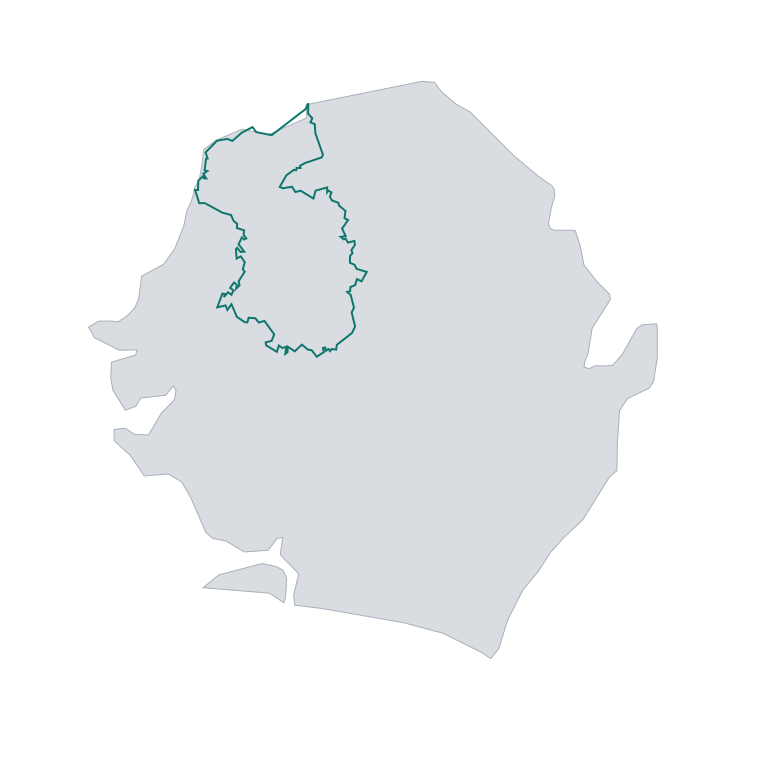 Bombali, Northern, Sierra Leone (highlighted), rotated 349°
{"feature_id": "65957751B29483301504535", "entity_name": "Bombali", "entity_type": "district", "adm_level": 2, "iso_a3": "SLE", "parent_name": "Sierra Leone", "parent_adm1": "Northern", "projection": "orthographic", "projection_center": [-12.185, 9.331], "detail": "medium", "context": "in_parent", "style": "outline", "palette": "teal", "viewbox_px": 768, "rotation_deg": 349, "n_neighbors": 0, "source": "geoboundaries", "source_scale": "gbopen_adm2", "svg_char_len": 3534}
<svg xmlns="http://www.w3.org/2000/svg" viewBox="0 0 768 768"><g transform="rotate(349 384 384)"><path d="M663.1,377.0L662.7,382.8L657.4,409.8L649.2,432.9L643.7,438.6L620.1,444.8L610.1,455.0L601.5,487.8L596.1,513.5L587.9,517.9L553.3,555.2L530.6,569.4L514.8,581.5L499.8,597.3L481.0,612.7L460.7,638.7L446.2,665.6L436.4,674.0L428.9,666.4L394.3,639.9L357.8,622.1L280.1,592.5L254.2,584.1L255.1,573.6L264.1,554.3L249.6,531.7L255.3,515.3L249.6,515.2L238.5,525.1L214.8,522.2L199.2,508.1L186.4,502.9L180.8,495.8L172.6,458.5L166.8,441.6L154.9,431.1L131.1,428.5L121.4,405.7L108.2,388.1L110.4,377.2L121.2,377.9L129.6,385.8L143.1,389.1L160.0,370.0L175.1,359.7L178.6,350.7L176.8,345.7L167.6,353.4L142.6,351.4L136.4,358.3L125.2,360.5L116.6,338.1L117.1,325.0L120.7,310.5L145.9,308.1L148.0,303.5L130.6,300.3L108.7,283.4L104.9,271.8L115.7,267.9L126.1,269.7L135.0,272.2L144.8,268.1L153.9,261.7L159.4,253.6L166.8,231.8L190.5,224.5L204.5,211.2L217.7,190.4L223.8,175.8L229.3,168.6L232.7,162.3L235.3,155.3L241.2,149.0L247.4,133.6L251.7,119.5L265.2,112.8L293.0,106.8L318.1,117.1L358.6,108.2L360.8,95.0L397.9,94.7L442.0,94.4L478.6,94.1L491.2,97.6L495.8,107.4L507.9,122.8L520.5,133.4L536.2,156.8L554.5,184.0L574.3,208.5L586.9,221.8L588.4,226.5L587.5,231.8L581.3,244.3L576.1,257.8L576.6,262.9L580.4,265.5L600.9,269.6L602.9,284.7L603.0,305.5L613.1,325.0L622.6,339.2L622.2,344.4L599.0,368.9L590.1,393.2L585.5,400.1L583.6,405.5L588.3,408.1L594.7,406.4L603.7,408.4L612.3,409.1L623.7,400.3L642.5,377.9L648.9,375.2L663.1,377.0ZM246.7,574.7L244.0,579.6L231.6,567.5L167.5,549.4L185.6,539.8L230.1,537.0L243.3,542.6L249.2,547.3L251.4,556.2L246.7,574.7Z" fill="#d9dde1" stroke="#a8b0b8" stroke-width="1"/><path d="M285.0,332.0L288.1,326.2L291.2,329.3L295.2,328.8L292.9,335.6L295.4,334.3L296.5,328.9L302.6,334.9L310.9,329.7L316.0,335.9L319.3,336.8L323.2,344.4L331.0,341.2L331.0,336.9L333.3,337.1L333.3,340.3L336.3,339.1L337.4,341.5L339.3,339.7L343.6,341.1L345.2,336.5L362.5,327.7L366.6,322.0L365.9,307.6L369.1,303.3L368.3,290.2L365.4,286.6L368.4,286.4L369.6,282.4L374.5,281.5L377.5,275.9L381.5,278.9L388.5,270.7L379.1,265.8L377.9,261.4L373.7,258.5L375.1,251.9L378.1,249.4L377.5,246.4L382.0,241.9L382.2,237.9L375.6,238.3L373.9,233.8L372.1,234.3L369.5,231.3L374.6,231.4L372.5,223.4L380.0,216.2L376.9,213.7L379.2,206.7L373.9,200.3L373.8,197.5L367.9,193.8L366.6,189.8L369.0,185.9L366.3,183.6L364.8,184.9L365.7,180.2L353.7,181.2L350.1,188.5L339.0,178.3L333.7,178.7L331.4,172.9L321.9,172.5L319.3,170.6L328.0,160.5L336.4,156.6L338.6,157.4L339.4,155.2L343.2,156.0L343.2,153.8L348.6,152.0L366.1,149.7L367.8,147.3L364.5,124.8L365.6,115.7L361.7,113.1L364.3,109.5L361.1,104.1L363.2,94.0L359.8,99.0L321.2,118.3L306.7,112.4L303.9,106.7L292.3,110.2L281.5,116.5L277.0,113.5L266.5,113.3L253.0,122.6L253.9,129.0L252.3,129.0L248.7,139.8L251.2,141.3L246.8,143.0L248.7,148.3L246.4,147.6L246.2,145.3L240.4,149.1L238.5,158.1L235.6,157.5L237.1,171.2L242.7,172.3L257.9,184.9L266.1,188.9L267.4,195.1L270.4,198.7L269.4,202.8L276.0,206.5L274.7,210.9L276.6,214.8L274.3,215.5L272.5,213.0L267.9,219.1L272.1,227.4L268.4,227.0L265.8,222.3L264.3,223.5L263.3,232.7L267.8,231.4L270.6,237.9L267.3,244.4L268.7,247.2L260.9,255.4L261.0,259.6L257.0,262.2L258.5,258.6L256.2,255.7L251.3,260.3L254.1,263.4L251.3,267.3L248.4,264.2L243.5,268.1L244.9,265.2L242.6,264.4L234.9,277.0L243.4,276.6L244.4,281.4L249.5,276.6L252.4,290.1L259.3,296.9L261.6,297.4L263.8,293.1L270.4,295.0L272.7,299.7L278.7,299.3L285.7,314.3L281.9,320.2L275.8,320.6L275.7,323.6L285.0,332.0Z" fill="none" stroke="#0f766e" stroke-width="2"/></g></svg>